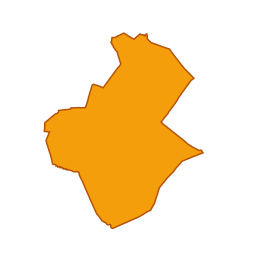 Jaunlaicenes pag., Aluksne, Latvia, rotated 42°
{"feature_id": "27541924B93978153905592", "entity_name": "Jaunlaicenes pag.", "entity_type": "district", "adm_level": 2, "iso_a3": "LVA", "parent_name": "Latvia", "parent_adm1": "Aluksne", "projection": "orthographic", "projection_center": [26.875, 57.536], "detail": "fine", "context": "isolated", "style": "filled", "palette": "amber", "viewbox_px": 256, "rotation_deg": 42, "n_neighbors": 0, "source": "geoboundaries", "source_scale": "gbopen_adm2", "svg_char_len": 4932}
<svg xmlns="http://www.w3.org/2000/svg" viewBox="0 0 256 256"><g transform="rotate(42 128 128)"><path d="M79.3,46.0L79.0,45.6L78.3,47.1L79.0,48.1L77.3,48.6L76.5,48.8L76.1,49.5L75.0,50.0L74.0,50.0L73.0,58.0L69.2,58.9L68.3,59.0L66.3,59.4L64.3,59.7L62.8,60.0L61.5,60.2L61.0,61.4L60.9,61.5L60.8,61.8L60.4,62.7L60.1,63.5L59.6,64.7L58.9,66.3L58.8,66.9L58.1,68.6L57.7,69.5L56.3,70.9L55.6,71.5L56.6,72.9L57.4,74.0L57.7,74.7L58.2,75.4L58.2,75.5L58.3,75.4L58.6,75.4L58.8,75.5L59.0,75.7L59.1,75.9L59.3,76.0L59.5,76.0L59.8,76.3L60.2,76.5L60.7,76.7L61.0,76.8L61.2,76.7L61.4,76.7L61.6,76.7L61.9,76.9L62.3,77.1L62.7,77.4L62.9,77.5L63.0,77.6L64.3,77.9L66.4,78.4L69.2,78.8L70.4,79.6L72.1,80.7L73.2,81.4L76.6,83.3L78.3,84.4L79.7,85.1L80.2,87.3L80.2,88.4L80.2,88.8L80.1,89.4L80.2,90.4L80.5,94.2L80.7,95.7L80.8,95.7L81.0,98.4L81.2,100.7L81.4,102.5L81.6,105.5L81.9,106.8L81.9,107.0L81.9,107.6L82.0,108.5L82.1,110.1L82.2,111.3L82.5,113.2L82.6,114.0L82.6,114.8L82.0,114.9L77.7,116.4L77.4,116.5L76.1,117.3L73.1,118.6L72.7,120.1L74.6,124.1L76.4,128.0L77.3,129.8L77.7,130.9L78.3,132.0L78.9,132.9L80.8,136.8L81.6,138.8L82.7,141.2L82.2,141.7L81.1,143.0L79.8,144.2L78.3,145.3L77.9,145.7L77.2,146.4L76.3,147.2L75.8,147.8L75.7,147.8L75.6,148.0L73.7,149.8L72.2,151.1L72.7,152.3L71.7,153.4L68.6,156.9L65.8,160.2L64.7,161.5L65.7,162.4L65.5,165.1L64.6,166.2L64.3,168.0L63.8,171.2L63.5,173.9L63.3,175.4L63.2,176.1L62.9,178.6L62.7,179.8L65.7,183.3L65.8,183.4L66.1,183.9L68.1,186.5L68.8,186.0L72.4,183.5L73.1,185.7L73.4,186.6L73.7,187.5L74.6,190.1L75.0,191.0L75.2,191.5L75.4,192.2L78.5,194.1L78.8,194.3L84.8,197.8L89.2,200.4L91.7,202.1L94.9,204.3L96.0,205.3L97.0,204.9L98.4,203.9L98.8,203.8L99.0,203.9L99.8,204.4L99.9,204.2L100.2,204.1L100.1,203.8L100.1,203.7L100.5,203.6L101.0,203.8L101.4,203.8L101.6,203.9L101.6,203.7L102.0,203.7L102.3,203.4L102.2,203.2L102.6,202.9L103.0,203.0L103.3,203.1L103.2,202.7L103.3,202.7L103.6,202.6L103.9,202.6L103.8,202.1L104.0,201.9L104.5,202.0L104.5,201.8L104.6,201.7L104.7,201.8L105.0,201.9L105.4,201.5L105.6,201.4L105.6,201.5L105.7,201.8L105.8,201.8L106.1,201.7L106.3,201.6L106.5,201.7L106.8,201.5L107.0,201.5L107.4,201.7L107.7,201.5L108.0,201.0L108.0,200.7L108.2,200.4L108.5,200.4L108.9,200.0L109.1,200.1L109.3,200.3L109.4,200.2L109.5,200.1L109.8,200.2L110.0,200.0L110.3,200.0L110.3,199.9L110.5,199.8L110.5,199.7L111.0,199.8L111.1,199.7L111.3,199.6L111.4,199.3L111.2,199.2L111.3,199.0L111.7,198.9L111.9,198.7L112.2,198.6L112.8,198.3L113.3,198.1L114.1,197.8L115.0,197.3L116.0,197.2L116.5,197.1L117.1,196.7L118.1,196.0L118.3,195.8L119.0,194.8L119.3,194.6L120.2,194.1L120.6,194.1L120.8,194.1L121.0,194.0L121.3,194.0L121.5,194.0L121.6,193.9L122.8,195.3L126.5,196.9L129.8,198.1L133.8,200.0L137.7,201.8L142.2,203.8L142.6,204.0L144.6,204.9L145.3,205.2L146.6,205.9L154.1,209.2L162.3,212.8L163.0,212.7L167.4,213.6L170.6,214.3L170.8,214.4L171.1,214.2L171.9,214.1L172.7,214.0L173.4,213.8L174.2,213.5L174.5,213.3L175.6,213.5L176.6,213.6L177.3,213.6L177.7,213.4L178.3,213.0L179.1,212.0L179.4,211.7L180.2,211.7L180.8,212.1L181.0,212.6L181.3,213.0L181.6,213.2L182.5,213.4L183.3,213.0L183.6,212.8L183.8,212.8L183.9,212.7L184.9,210.5L186.0,208.0L187.2,205.3L188.6,202.1L188.8,201.7L189.3,200.6L190.4,198.3L192.1,194.4L195.0,188.1L195.3,187.1L195.5,186.8L196.3,184.6L196.5,183.7L196.8,182.9L197.2,181.6L197.6,180.1L197.8,179.3L198.8,176.1L199.2,175.4L199.6,174.6L199.9,174.1L199.3,172.1L199.3,171.6L199.0,170.9L198.9,170.0L198.4,168.2L198.3,167.8L198.2,166.8L198.1,166.3L197.4,164.8L195.1,159.9L195.0,159.6L194.5,158.5L193.5,156.2L193.1,155.2L192.9,155.0L192.5,154.0L192.0,152.9L191.5,151.6L191.3,151.2L191.2,150.3L191.2,149.6L191.1,148.2L191.0,146.3L191.0,145.1L190.8,141.8L190.7,140.2L190.6,138.9L190.8,134.1L191.0,130.1L190.5,125.4L190.5,124.7L190.5,122.1L190.4,116.5L193.8,109.3L195.0,106.8L196.0,104.9L198.1,100.8L198.6,99.7L199.8,97.4L200.4,96.3L199.6,96.1L198.6,95.9L198.1,95.7L197.5,95.3L196.0,97.0L195.3,97.2L193.5,97.7L191.6,98.2L189.1,98.9L183.6,99.8L182.3,99.9L181.7,99.9L181.4,99.9L178.3,99.9L173.5,100.2L172.1,100.3L167.5,100.6L167.3,100.6L157.8,101.2L154.9,101.3L153.2,101.5L152.7,101.5L151.4,101.6L148.5,101.4L148.6,100.3L148.5,99.2L148.4,97.6L148.2,96.6L148.1,93.9L147.9,89.8L147.8,89.6L147.4,88.6L147.1,83.6L147.0,82.8L146.8,81.2L146.6,79.5L146.6,79.0L146.5,78.1L146.3,76.7L146.0,74.5L145.5,72.6L145.3,71.8L145.0,68.7L144.6,66.2L144.4,63.7L144.1,61.5L144.1,60.9L143.7,57.7L143.6,56.5L143.6,55.1L143.4,54.0L143.3,53.1L143.2,52.2L143.0,50.5L143.7,47.0L140.3,46.7L137.7,46.5L133.8,46.3L129.9,46.1L128.5,45.8L125.0,45.3L121.9,44.7L121.2,44.6L115.2,43.5L113.3,43.2L109.5,42.4L108.1,42.1L107.6,42.0L106.9,41.8L106.0,41.6L105.9,41.7L103.2,42.8L103.0,43.0L102.1,43.3L100.6,44.0L100.0,44.3L98.3,44.9L95.6,46.0L94.6,46.4L92.3,47.3L90.8,47.9L88.4,48.9L88.0,49.2L87.0,49.1L86.0,49.0L83.6,48.9L82.3,48.6L81.7,47.8L81.0,47.0L80.9,47.0L80.7,46.6L80.6,46.4L80.4,46.4L80.0,46.2L79.3,46.0Z" fill="#f59e0b" stroke="#b45309" stroke-width="1.5"/></g></svg>